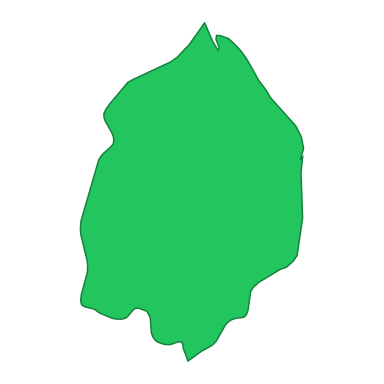 Pomeroon-Supenaam, Robinson projection
{"feature_id": "GUY-680", "entity_name": "Pomeroon-Supenaam", "entity_type": "Region", "adm_level": 1, "iso_a3": "GUY", "parent_name": "Guyana", "parent_adm1": "", "projection": "robinson", "projection_center": [-58.872, 7.19], "detail": "fine", "context": "isolated", "style": "filled", "palette": "green", "viewbox_px": 384, "rotation_deg": 0, "n_neighbors": 0, "source": "natural_earth", "source_scale": "10m", "svg_char_len": 1378}
<svg xmlns="http://www.w3.org/2000/svg" viewBox="0 0 384 384"><path d="M204.5,23.0L205.2,24.0L212.9,41.9L218.0,50.3L219.2,48.0L216.0,39.3L216.6,35.4L220.9,35.8L228.7,38.7L235.3,44.9L241.3,51.4L246.4,58.6L251.6,67.4L258.1,79.4L266.1,90.3L271.0,98.3L295.6,125.7L301.3,136.6L303.6,148.4L300.4,159.9L302.6,157.2L301.0,172.5L302.6,218.1L297.1,255.5L293.2,261.2L286.3,267.3L280.3,269.3L258.9,282.3L253.2,287.4L250.6,291.8L248.2,309.2L247.4,312.2L245.8,315.5L243.7,317.2L240.6,317.8L236.8,318.0L231.2,319.9L228.0,322.1L225.4,325.0L216.2,341.2L213.6,344.0L211.3,345.8L201.4,351.3L188.0,361.0L183.1,347.8L183.0,345.0L181.5,341.9L178.8,341.8L176.3,342.5L172.4,343.9L170.7,344.4L168.8,344.7L164.1,344.3L158.4,342.4L155.7,340.7L153.3,337.7L151.4,333.1L150.3,318.7L149.9,316.8L146.9,311.3L138.5,308.1L134.9,308.5L133.0,310.2L127.2,317.0L125.5,318.1L123.7,318.7L121.9,319.1L119.9,319.2L115.8,319.0L112.0,318.3L100.7,313.5L99.0,312.6L95.5,310.0L93.8,309.0L86.0,307.1L83.9,306.4L81.7,304.9L80.6,300.7L81.3,294.8L87.4,272.2L87.6,264.9L87.2,261.0L80.9,234.8L80.4,229.9L80.6,224.9L81.3,219.9L98.7,159.9L100.5,157.0L103.0,153.8L111.0,146.7L113.3,143.7L113.8,140.3L113.5,137.5L112.7,134.8L111.5,132.1L105.6,121.7L104.5,119.2L104.0,116.6L103.8,113.8L105.8,109.6L109.3,104.4L127.9,82.4L132.5,79.7L170.7,61.9L177.3,57.1L189.3,44.5L204.5,23.0Z" fill="#22c55e" stroke="#15803d" stroke-width="1.5"/></svg>